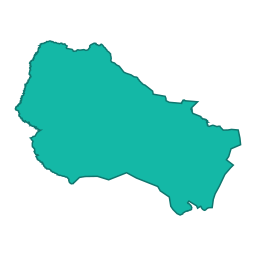 the district of Ulaan uul, Hövsgöl, Mongolia
{"feature_id": "93677404B26765322238100", "entity_name": "Ulaan uul", "entity_type": "district", "adm_level": 2, "iso_a3": "MNG", "parent_name": "Mongolia", "parent_adm1": "Hövsgöl", "projection": "robinson", "projection_center": [98.358, 50.878], "detail": "fine", "context": "isolated", "style": "filled", "palette": "teal", "viewbox_px": 256, "rotation_deg": 0, "n_neighbors": 0, "source": "geoboundaries", "source_scale": "gbopen_adm2", "svg_char_len": 5578}
<svg xmlns="http://www.w3.org/2000/svg" viewBox="0 0 256 256"><path d="M213.3,199.4L215.1,193.9L219.4,186.0L224.9,174.4L230.5,167.9L233.3,165.1L226.4,159.8L228.7,156.5L231.0,148.8L240.6,144.7L239.9,138.1L238.2,130.0L231.5,129.4L228.0,130.0L223.2,130.1L220.8,127.6L220.1,126.8L220.0,126.3L218.9,126.2L216.8,126.6L213.6,125.4L212.5,125.3L209.2,126.4L207.5,125.6L207.7,124.6L207.1,123.9L207.2,122.7L206.9,122.4L207.4,122.3L207.1,122.2L207.2,121.9L207.7,121.8L207.6,121.3L207.5,120.9L207.0,121.2L206.7,121.0L206.5,120.2L206.1,120.1L206.1,119.6L205.8,119.5L205.8,119.8L205.4,119.5L205.0,119.5L204.5,119.1L204.2,119.3L203.6,118.9L202.6,119.0L202.4,118.3L201.8,118.2L201.0,117.5L200.9,116.6L192.8,113.4L191.9,111.4L192.3,111.0L192.1,110.5L191.6,110.4L191.6,110.0L192.1,109.3L191.9,108.6L191.1,108.9L191.3,108.0L197.6,101.8L185.4,100.8L184.2,100.0L183.9,100.0L183.7,100.6L182.9,100.4L182.4,101.6L181.6,102.4L181.6,103.4L169.2,102.3L166.1,100.7L165.9,98.3L165.1,96.3L153.2,94.2L152.6,91.1L145.0,85.1L143.5,84.6L142.2,83.7L141.8,83.0L141.1,82.7L140.4,81.6L139.5,81.0L139.3,80.3L138.1,79.1L137.8,78.2L137.3,77.6L136.7,77.2L134.0,76.8L131.1,74.9L126.0,73.2L123.9,72.2L119.2,66.2L116.3,64.8L115.0,63.4L114.0,62.8L112.2,62.3L111.4,61.7L110.7,60.2L111.2,58.9L111.0,56.9L110.5,55.0L110.6,54.0L108.8,52.0L107.2,50.9L106.8,49.9L106.1,49.3L105.1,47.8L103.9,47.0L102.9,45.5L101.6,44.3L101.1,44.3L100.4,44.6L100.0,45.5L98.4,45.5L97.7,44.8L96.3,44.6L96.0,44.3L96.1,43.6L95.9,43.4L94.1,43.2L90.7,44.9L89.7,45.9L89.7,46.4L90.0,47.2L87.9,49.9L85.9,50.4L83.9,49.6L79.8,50.2L77.8,49.8L76.6,50.4L76.3,51.0L73.6,51.3L73.2,51.1L73.0,50.4L72.1,49.4L66.6,48.4L66.3,47.5L66.7,47.1L67.1,45.9L65.4,45.1L65.0,44.0L64.0,43.9L63.1,44.3L62.3,43.9L61.8,43.2L60.9,43.2L59.3,43.8L58.4,43.4L57.3,43.4L55.8,42.5L54.1,42.7L52.8,41.6L51.4,41.7L51.2,41.3L50.3,41.0L49.6,41.0L48.0,41.7L46.8,41.5L45.8,42.5L44.3,42.9L43.8,43.4L41.6,43.6L40.6,44.1L41.0,44.4L40.5,45.1L39.5,45.6L39.9,45.7L40.2,46.8L39.9,46.8L39.4,47.7L39.0,47.7L39.2,48.0L38.3,48.7L38.2,50.7L37.5,51.8L37.8,52.0L37.1,52.3L37.2,52.7L36.1,52.9L36.5,53.6L35.8,53.6L35.9,53.8L35.7,54.1L35.8,54.2L35.3,54.4L35.7,54.7L35.4,55.1L34.7,55.2L34.3,55.6L34.5,56.2L33.7,57.4L34.0,57.9L33.4,58.3L33.7,58.6L33.2,59.1L33.5,59.3L33.3,60.0L31.7,60.4L31.0,61.0L31.2,61.5L30.5,61.8L30.3,62.4L30.0,62.4L30.1,62.9L29.6,63.1L29.6,63.4L30.5,63.7L30.2,64.8L30.6,64.9L30.7,65.3L30.2,65.6L30.6,66.2L30.1,67.1L30.6,67.1L30.3,67.5L30.3,68.3L30.0,68.4L30.4,68.9L30.1,69.8L30.4,70.0L29.9,70.3L29.8,71.5L29.4,72.4L29.5,73.6L29.1,74.0L30.4,75.1L30.1,75.5L30.3,76.1L30.6,76.0L30.8,76.3L30.5,76.5L30.7,77.0L29.8,77.5L29.9,78.1L29.3,78.7L28.9,80.0L28.1,80.2L28.0,81.1L28.2,81.3L28.0,82.2L27.2,82.4L27.3,83.3L26.4,83.5L25.9,84.4L25.0,84.4L25.0,85.2L25.3,85.5L25.2,86.0L25.7,86.1L25.2,86.8L25.3,87.2L24.8,88.3L25.0,88.5L24.9,88.8L24.5,89.0L24.8,90.0L24.1,90.2L23.9,90.6L24.1,90.9L23.8,91.0L24.2,91.5L23.6,92.2L24.2,93.3L23.3,93.6L23.7,93.9L23.5,94.4L23.7,94.9L22.9,95.6L22.1,95.7L22.2,96.2L21.7,96.7L22.0,97.1L21.5,97.3L21.7,97.6L21.6,98.1L20.8,98.6L21.2,99.1L21.6,99.1L21.4,99.7L21.6,100.0L21.4,100.4L21.0,100.3L21.0,100.5L20.4,100.9L20.5,101.2L20.3,101.7L20.7,101.9L20.2,102.3L20.8,102.8L20.3,103.1L20.1,103.7L19.1,103.8L19.2,104.3L17.8,105.1L17.7,105.4L18.2,105.6L18.2,105.8L16.2,106.6L16.1,106.8L16.4,107.0L15.7,107.7L15.8,108.5L15.4,108.9L15.9,109.3L15.8,109.8L18.2,110.8L18.6,111.2L18.8,112.8L19.5,113.4L19.7,114.0L18.9,114.8L18.9,115.1L19.2,115.2L19.1,116.1L20.3,116.8L20.5,117.8L21.7,118.2L21.4,118.7L22.2,118.9L22.2,119.6L22.6,119.8L22.5,120.4L24.1,120.9L23.6,120.9L23.5,121.3L24.1,121.3L24.3,121.5L24.3,121.3L24.8,121.4L25.3,121.1L25.3,121.3L25.9,121.6L25.7,121.9L26.2,121.8L26.9,122.4L27.6,122.5L28.1,123.2L28.8,123.0L28.9,122.6L29.2,123.0L28.9,123.5L29.2,123.2L29.2,123.7L29.9,123.7L29.4,123.8L29.9,124.1L29.8,124.5L29.6,124.7L30.3,125.2L31.0,124.8L30.6,125.3L31.0,125.2L31.1,125.6L31.7,125.7L31.6,126.4L31.8,126.1L33.2,126.4L33.9,126.2L34.6,126.6L34.6,127.3L35.2,127.2L34.8,127.6L35.5,127.7L35.3,127.9L35.6,128.4L36.1,128.5L36.0,128.1L36.7,128.5L36.6,128.8L37.6,128.5L37.7,129.0L38.1,129.2L38.3,128.8L38.3,129.2L38.8,129.5L38.5,129.9L39.4,129.8L39.8,130.2L40.6,130.2L37.3,132.3L34.9,136.3L33.0,136.5L32.6,137.3L30.5,138.0L31.1,138.4L31.4,139.6L32.4,140.4L33.0,141.3L32.3,143.1L32.3,146.0L32.5,146.9L33.4,147.4L33.6,148.0L34.4,148.5L34.6,149.0L34.5,150.3L34.9,151.0L34.2,151.7L34.7,152.0L34.7,152.9L35.3,153.5L35.8,154.6L37.0,154.6L37.8,154.8L38.2,155.2L37.2,155.5L36.0,156.6L36.6,157.3L36.9,158.1L37.4,158.4L37.2,158.6L37.4,159.5L38.9,160.4L39.8,160.6L40.0,161.5L40.4,162.0L41.8,162.1L41.7,162.5L41.9,162.7L42.6,162.8L42.7,163.4L42.3,163.9L43.4,164.2L43.7,165.9L44.6,166.5L45.2,167.8L46.4,168.2L46.7,168.9L49.1,169.1L49.8,169.4L50.9,170.3L50.8,170.8L51.6,171.1L52.5,172.1L53.7,172.2L55.0,173.2L55.8,173.3L57.2,174.0L57.2,174.7L58.0,174.7L59.3,175.4L60.0,175.2L63.0,176.2L64.5,176.3L65.4,177.0L66.4,177.0L67.1,177.3L68.9,179.3L68.8,180.5L69.4,182.3L70.0,182.7L70.2,183.2L71.4,183.8L73.4,183.5L73.7,182.6L74.2,182.5L79.5,177.4L85.1,176.5L97.4,176.3L108.7,179.8L126.6,172.7L136.4,178.0L157.8,186.5L160.3,190.9L169.3,197.0L170.8,206.3L173.0,209.5L177.1,213.6L180.1,215.0L182.7,213.9L183.0,213.1L185.1,211.7L186.3,211.2L187.2,211.2L187.4,210.7L188.5,210.8L189.5,210.1L190.7,210.0L191.5,209.3L191.5,208.4L191.8,207.7L191.0,205.7L189.0,203.7L188.1,203.5L187.6,202.8L188.9,201.1L196.6,205.8L197.6,208.2L200.5,206.3L200.9,206.4L201.4,207.7L202.6,209.3L204.1,210.2L204.8,210.3L205.7,209.8L207.2,208.4L208.8,207.7L212.2,207.6L213.3,199.4Z" fill="#14b8a6" stroke="#0f766e" stroke-width="1.5"/></svg>